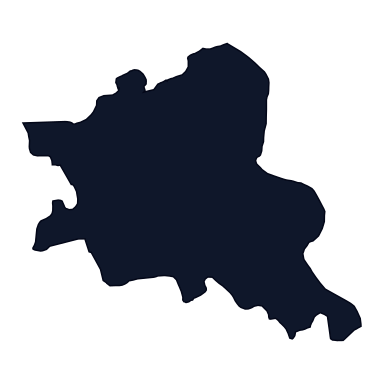 Shubra Khît, Al Buhayrah, Egypt (Mercator projection)
{"feature_id": "37247803B97013363059523", "entity_name": "Shubra Khît", "entity_type": "district", "adm_level": 2, "iso_a3": "EGY", "parent_name": "Egypt", "parent_adm1": "Al Buhayrah", "projection": "mercator", "projection_center": [30.677, 31.003], "detail": "fine", "context": "isolated", "style": "filled", "palette": "ink", "viewbox_px": 384, "rotation_deg": 0, "n_neighbors": 0, "source": "geoboundaries", "source_scale": "gbopen_adm2", "svg_char_len": 5770}
<svg xmlns="http://www.w3.org/2000/svg" viewBox="0 0 384 384"><path d="M23.0,123.0L24.1,125.1L28.2,132.9L28.8,136.7L29.6,140.6L29.3,146.6L29.4,147.8L29.5,148.8L30.2,151.0L30.6,152.4L32.3,153.9L33.4,154.9L35.2,155.3L37.5,155.8L39.5,155.7L41.7,155.7L43.5,155.7L46.0,155.7L47.3,155.7L48.5,155.7L49.0,156.0L49.7,156.4L50.3,156.8L50.6,157.4L51.4,159.3L51.9,160.5L52.0,161.6L52.1,162.5L52.3,164.0L52.3,164.8L55.5,164.8L58.0,165.5L60.2,165.1L60.5,165.6L67.5,177.8L71.3,184.5L72.4,184.3L74.1,186.2L75.3,188.7L76.6,191.6L77.1,194.9L77.4,196.5L77.8,198.9L77.7,201.9L77.6,203.7L76.1,206.1L75.3,207.1L74.6,207.7L72.7,209.4L69.1,209.7L68.1,209.3L67.1,208.9L65.7,208.5L64.6,207.1L64.1,205.7L62.6,202.3L62.2,201.2L60.6,200.4L58.2,200.1L55.8,200.5L52.9,201.0L52.6,203.0L52.9,206.0L52.8,210.7L52.1,213.5L50.4,215.9L46.3,218.6L41.0,220.9L39.8,222.2L38.4,224.5L36.9,228.9L36.7,230.7L36.4,233.7L35.6,242.0L34.5,245.1L32.9,248.1L33.1,249.1L34.5,249.8L35.1,250.0L37.9,250.5L40.6,251.0L42.7,250.7L44.4,250.1L46.4,249.4L47.2,248.7L49.7,246.2L78.2,238.9L84.9,238.8L89.1,251.8L90.6,252.3L91.1,252.1L100.5,269.3L103.2,280.5L106.5,282.7L106.7,283.2L108.4,284.5L109.9,285.7L110.8,285.7L115.8,285.5L116.6,285.5L119.5,285.5L122.1,285.1L124.8,284.0L126.8,282.8L128.1,281.7L128.7,280.9L129.6,280.7L130.2,280.6L133.6,279.9L135.3,279.4L137.6,278.8L139.6,278.6L152.7,277.3L153.6,277.2L154.6,277.0L156.1,276.6L157.8,275.9L159.6,275.8L164.1,275.5L164.8,275.5L169.7,276.0L173.4,276.7L174.5,277.8L176.5,279.8L178.6,285.0L179.3,286.5L181.3,291.3L182.0,293.9L182.3,295.0L182.9,297.3L182.8,300.0L183.9,301.7L184.7,301.8L186.0,302.5L188.8,301.8L190.9,300.3L192.6,300.0L193.7,298.2L195.4,297.6L197.3,296.7L200.2,295.3L200.9,294.9L203.5,293.0L205.2,291.7L206.3,290.0L206.2,288.1L205.7,287.0L204.8,285.4L204.4,283.5L203.9,281.6L204.7,280.0L205.2,279.0L206.6,277.9L207.7,277.0L210.8,277.1L212.4,277.2L215.5,280.2L216.9,281.4L219.1,283.3L222.7,285.8L224.0,287.0L225.4,288.2L227.4,290.1L230.1,292.6L232.3,295.3L233.6,297.4L233.9,298.0L235.3,300.9L237.2,303.6L239.2,306.1L241.0,307.4L241.5,307.6L244.2,308.6L245.1,309.0L248.1,308.9L250.0,308.3L250.5,308.1L251.8,307.6L254.1,306.2L258.0,305.3L262.1,305.9L263.3,307.2L265.7,309.6L267.0,310.9L267.7,312.5L267.9,313.0L268.6,314.5L268.8,317.1L269.4,318.9L270.6,319.1L275.4,318.3L276.6,318.9L277.0,319.3L278.3,320.4L280.0,322.6L280.6,323.1L281.6,324.0L284.3,326.7L286.2,329.1L287.2,331.3L288.2,333.4L289.8,338.1L292.2,338.9L293.0,338.3L293.3,337.9L293.8,337.2L294.5,336.2L294.8,335.6L295.2,333.6L295.3,332.7L295.5,331.9L296.0,331.7L298.3,330.8L299.0,330.5L299.8,330.2L300.5,330.1L302.6,329.8L304.8,329.1L305.3,328.9L307.1,328.0L310.2,327.0L310.3,326.3L310.4,325.5L310.9,324.4L311.2,323.4L312.8,320.7L314.2,317.1L316.1,315.2L317.8,314.1L320.1,312.7L320.9,312.9L324.5,314.4L326.5,315.7L327.3,316.2L327.6,316.8L327.7,318.0L330.0,334.4L330.2,336.2L330.6,338.7L332.5,340.0L334.0,340.1L337.1,340.5L343.1,340.4L344.7,339.0L345.4,338.3L354.3,329.9L356.4,328.9L357.6,328.1L361.0,326.3L360.9,324.0L360.2,318.4L357.9,313.3L357.1,311.5L354.2,306.3L352.4,304.8L350.7,303.5L349.4,302.7L346.7,301.1L344.4,299.8L333.4,293.7L325.2,289.1L320.0,283.0L318.6,281.1L315.9,277.5L311.9,271.7L310.2,268.5L308.6,266.4L307.8,265.3L306.3,263.1L303.9,259.5L303.4,257.2L303.3,256.3L303.1,255.4L302.8,253.5L303.6,251.4L304.3,249.1L307.0,245.6L308.9,242.3L310.8,241.5L313.0,240.9L315.8,238.4L318.5,235.9L320.4,232.2L322.2,228.6L323.3,225.0L324.3,221.6L324.4,215.5L324.8,211.5L323.8,209.0L322.1,205.8L320.6,202.9L319.3,200.4L316.9,196.0L316.0,194.4L314.2,191.3L313.6,190.5L311.9,188.6L311.4,188.3L308.4,186.6L307.1,185.9L304.1,184.6L302.1,183.6L301.0,183.0L297.7,182.7L293.1,181.2L292.2,181.0L291.5,180.8L288.9,180.4L288.0,180.3L285.9,179.9L284.5,179.5L283.2,179.1L280.7,178.3L279.3,177.8L278.1,177.4L272.9,175.6L272.2,175.3L270.2,174.6L267.4,173.6L264.7,171.6L262.0,169.6L260.4,167.7L256.7,164.1L256.0,162.3L255.7,160.9L255.6,160.2L255.9,159.5L256.8,157.4L258.0,156.7L259.3,156.1L260.4,155.0L261.7,150.9L262.0,146.3L263.5,141.7L263.6,137.5L264.2,130.9L266.1,123.7L266.2,116.7L266.3,113.1L266.4,109.6L266.4,99.8L267.0,96.8L268.3,93.8L268.6,90.6L268.7,86.8L268.9,82.7L268.4,79.1L265.9,74.2L264.4,71.9L261.3,69.1L259.3,67.3L255.0,63.1L248.9,57.8L246.3,55.8L240.6,51.6L234.2,47.8L227.5,43.8L227.2,43.5L226.6,43.7L224.0,44.6L222.5,45.2L220.5,46.1L217.8,46.5L216.4,46.8L215.7,47.0L214.8,47.3L213.4,47.9L212.3,48.3L210.0,49.1L208.1,49.1L206.2,49.1L202.9,48.4L199.4,51.2L196.9,52.5L194.9,53.6L193.3,53.9L191.5,54.7L190.4,55.2L188.1,57.0L187.7,58.2L188.3,60.9L188.3,64.5L188.3,66.8L187.6,68.1L186.7,69.7L185.7,71.5L183.8,73.3L182.2,74.9L180.8,75.3L177.2,76.4L175.3,77.1L174.6,77.5L173.8,77.8L173.1,78.2L172.2,78.4L171.1,78.6L170.3,78.9L169.3,79.3L167.8,79.9L167.1,81.1L166.1,80.1L164.6,81.0L164.0,81.4L162.6,82.1L161.9,82.4L161.0,82.7L160.4,82.9L159.6,83.4L157.8,84.2L157.4,84.8L156.9,85.5L153.8,89.7L147.4,91.2L143.6,92.2L145.0,90.3L144.8,89.7L144.2,87.9L143.9,86.8L144.0,86.3L144.5,85.7L145.3,84.9L146.0,84.1L146.1,83.6L146.1,82.5L146.2,81.6L146.1,79.7L145.0,77.4L144.5,76.5L143.1,74.2L142.6,73.7L140.8,72.1L140.0,71.4L139.0,70.8L138.1,70.3L136.5,70.0L134.3,69.8L132.6,70.3L131.8,70.8L130.9,70.9L130.1,71.1L129.5,71.7L128.5,72.4L127.5,73.3L126.3,73.8L125.4,74.2L124.3,74.7L122.9,75.3L121.8,76.0L120.5,76.5L119.4,77.0L118.6,77.4L117.6,77.9L116.5,78.6L116.3,79.1L116.2,80.0L115.9,82.2L115.9,82.7L117.1,84.8L117.2,85.8L117.7,87.3L117.8,87.9L118.2,88.9L119.0,88.4L118.7,90.5L118.1,91.2L116.0,93.2L114.3,94.1L112.6,95.1L103.9,95.7L99.0,97.6L96.8,100.8L96.6,105.4L93.5,111.8L91.2,114.8L86.3,119.5L80.7,122.2L80.2,122.4L79.0,122.7L76.9,123.2L74.9,124.1L73.3,124.1L71.7,122.8L70.8,122.5L69.8,122.1L68.9,122.0L67.7,121.8L66.9,121.7L66.1,121.7L65.3,121.6L23.0,123.0Z" fill="#0f172a" stroke="#020617" stroke-width="1.5"/></svg>